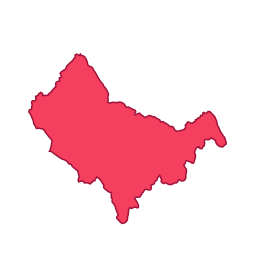 the district of Ikolomani, Western, Kenya, rotated 339°
{"feature_id": "3690345B71377831828194", "entity_name": "Ikolomani", "entity_type": "district", "adm_level": 2, "iso_a3": "KEN", "parent_name": "Kenya", "parent_adm1": "Western", "projection": "equal_earth", "projection_center": [34.717, 0.194], "detail": "fine", "context": "isolated", "style": "filled", "palette": "rose", "viewbox_px": 256, "rotation_deg": 339, "n_neighbors": 0, "source": "geoboundaries", "source_scale": "gbopen_adm2", "svg_char_len": 5840}
<svg xmlns="http://www.w3.org/2000/svg" viewBox="0 0 256 256"><g transform="rotate(339 128 128)"><path d="M87.2,213.3L88.2,215.0L89.1,215.1L90.2,215.3L91.2,215.3L92.2,215.0L93.8,214.2L94.6,213.3L95.2,212.2L95.6,210.9L96.4,210.1L97.2,208.9L98.5,206.2L99.5,204.4L100.2,203.6L101.2,202.9L102.1,204.2L103.1,204.4L104.0,204.3L104.9,204.2L105.6,204.2L106.5,204.5L107.2,205.0L107.9,205.8L109.0,205.9L109.6,205.3L110.0,204.3L110.0,202.0L109.9,200.7L109.7,199.3L109.4,197.9L108.8,196.4L110.0,195.5L110.9,195.6L111.8,196.0L113.1,196.2L114.2,196.7L115.0,196.3L116.0,195.4L117.2,194.7L117.8,193.8L118.7,193.6L119.4,193.2L121.4,191.6L122.2,191.3L124.9,193.1L126.7,193.9L128.2,192.8L128.5,191.1L129.1,189.6L130.2,189.5L131.1,189.9L132.8,189.2L133.6,188.1L134.5,187.3L135.5,187.4L136.6,186.7L137.3,185.7L137.9,185.0L138.6,184.6L139.5,184.2L140.5,183.5L141.0,184.9L140.5,186.1L140.9,187.0L141.0,188.1L140.3,188.7L139.8,189.8L140.1,191.2L141.0,192.2L141.8,192.8L142.9,192.3L144.1,193.2L145.5,195.1L146.7,195.7L148.0,196.3L151.4,196.2L152.3,196.0L153.4,196.6L154.5,196.2L155.3,195.8L155.9,195.4L156.8,194.5L157.7,195.0L158.1,195.8L158.7,196.5L159.8,196.9L160.9,197.1L161.8,197.0L162.9,196.5L163.8,195.6L164.3,194.7L165.1,192.7L166.7,190.0L167.3,188.8L167.7,187.4L167.2,185.5L166.8,183.4L166.8,182.4L167.6,182.1L168.3,181.9L169.0,181.3L170.2,179.5L171.0,179.3L172.7,181.0L173.8,181.7L174.5,182.6L175.2,183.8L176.3,184.2L177.1,183.8L179.8,180.4L180.4,179.4L181.0,178.2L181.4,176.8L181.3,175.7L181.4,174.4L183.2,172.5L184.0,171.8L184.7,171.0L186.4,170.8L187.6,170.9L187.2,171.8L187.8,172.8L188.5,173.4L189.5,173.8L191.8,172.1L192.8,171.9L193.4,170.9L194.0,169.9L194.4,168.4L194.7,167.2L195.5,166.6L196.9,166.6L198.5,167.8L200.1,167.7L201.1,167.5L202.2,167.2L202.7,167.9L204.1,169.2L204.9,171.2L205.0,172.3L204.9,173.9L205.3,175.2L205.7,176.4L206.3,177.3L207.1,178.2L208.2,178.9L209.5,179.6L210.6,179.2L211.4,178.8L212.9,178.5L213.9,178.0L214.4,177.0L214.7,173.7L214.7,172.3L214.8,171.1L214.1,170.0L214.0,168.4L213.1,165.0L213.0,164.0L212.9,159.8L212.6,158.3L212.6,156.9L212.8,155.6L213.1,154.2L213.3,152.8L213.1,151.8L213.1,149.2L212.3,146.5L211.5,145.3L211.2,144.1L210.4,142.1L209.4,141.7L208.7,141.2L208.0,141.7L206.0,142.3L205.2,141.9L204.6,140.7L203.5,140.6L202.5,142.5L201.8,143.0L201.1,142.4L200.2,142.3L199.5,143.5L198.3,144.1L197.4,143.8L196.7,143.8L196.0,144.4L195.1,144.6L193.9,144.5L193.4,145.9L192.3,145.7L190.5,146.5L188.6,146.1L188.0,145.6L187.4,144.7L186.5,144.1L185.8,143.8L183.4,145.5L182.4,146.0L182.3,147.2L181.9,148.4L180.8,148.8L180.0,149.6L179.2,149.3L178.5,149.5L177.8,149.6L177.1,149.3L176.3,149.1L175.3,149.2L174.2,149.0L172.2,148.3L171.3,147.3L170.9,146.2L170.8,144.8L170.6,143.6L170.0,142.4L168.2,142.0L167.5,141.2L167.0,140.4L166.5,139.2L165.2,137.7L164.7,136.9L163.0,134.7L162.3,134.3L161.2,134.3L160.6,133.6L160.6,132.1L159.3,130.3L158.4,129.5L157.2,127.6L156.5,126.8L155.5,126.6L154.4,125.6L153.2,124.4L152.4,124.0L151.6,123.9L150.6,124.0L148.1,124.4L147.1,123.6L146.7,122.7L145.1,120.6L144.6,119.6L144.2,118.4L142.9,118.1L140.3,118.3L139.5,118.3L139.2,117.3L139.7,116.4L140.6,116.1L141.2,115.2L140.9,113.9L139.6,112.7L137.0,109.8L136.4,109.0L135.7,108.5L134.7,108.2L133.6,107.4L133.2,104.8L132.8,103.7L132.0,102.9L131.4,102.0L130.7,101.6L129.9,101.0L129.0,100.6L127.9,100.7L127.0,100.4L126.1,99.9L125.2,99.7L123.8,98.9L123.0,98.6L122.1,98.3L121.1,98.4L119.3,97.9L118.5,96.8L119.6,94.6L119.9,93.0L120.4,91.6L121.1,90.6L121.7,90.0L122.0,89.0L122.0,87.6L121.7,84.9L121.5,83.7L120.9,81.6L120.3,80.2L120.4,78.7L119.0,74.6L118.2,70.5L117.4,64.6L117.1,63.3L116.6,61.5L116.6,60.1L116.4,59.2L115.9,58.1L114.2,56.4L113.5,55.8L113.2,54.8L113.2,53.6L113.6,52.0L113.6,48.5L113.2,46.6L112.7,45.4L111.7,44.3L110.2,43.5L110.1,41.9L109.3,42.2L108.5,42.9L107.7,42.2L107.1,41.1L106.4,40.7L105.1,40.7L104.4,41.7L104.1,42.9L103.2,43.6L102.1,43.8L100.6,45.2L97.6,46.2L92.9,48.3L92.0,49.5L91.2,50.3L89.8,51.0L88.8,50.9L87.8,51.2L86.8,51.6L85.4,51.8L84.2,52.7L84.2,54.6L84.3,56.3L83.5,56.9L82.6,56.6L81.8,56.6L81.4,57.9L81.2,59.5L79.2,59.3L78.2,59.4L77.1,59.7L76.3,60.7L76.1,61.9L75.7,62.8L75.1,63.8L74.1,63.9L73.5,64.4L72.6,64.7L71.8,65.3L71.0,65.5L70.3,66.0L69.8,66.8L69.0,66.7L68.2,67.0L67.4,67.5L66.6,67.6L65.7,67.9L65.1,68.8L62.9,68.1L62.0,67.7L59.8,67.2L60.4,66.3L60.5,65.4L60.0,64.3L59.2,63.4L58.1,63.9L57.2,63.9L56.2,64.9L55.2,65.3L54.0,65.4L53.1,65.3L52.4,67.4L52.3,68.8L51.2,69.2L50.2,69.2L49.6,68.7L48.5,68.4L47.4,69.0L47.0,70.1L47.0,71.5L46.4,72.6L45.8,73.5L44.9,75.6L44.2,76.0L42.7,75.6L41.9,76.4L41.2,77.5L41.6,78.9L41.9,80.5L42.1,82.3L41.9,83.2L42.0,84.4L42.2,85.7L42.2,87.1L41.6,89.9L41.7,91.4L42.0,92.5L42.2,93.8L42.2,95.4L42.9,95.9L44.0,96.0L45.3,96.6L46.1,97.1L48.0,98.5L48.7,99.4L49.4,102.1L49.7,103.7L50.3,105.0L50.6,106.2L50.9,107.6L52.0,110.3L52.3,111.4L52.5,112.6L52.2,113.6L51.5,114.5L50.7,115.7L50.2,116.7L49.6,117.7L47.3,120.7L46.3,121.6L47.7,122.2L48.4,123.1L51.2,127.6L53.0,130.3L54.9,132.8L55.6,133.6L57.4,135.0L57.9,135.8L58.7,136.6L59.4,137.9L59.8,140.0L60.3,140.7L61.3,140.8L61.9,141.9L62.1,143.2L62.5,144.4L63.0,145.5L65.6,149.8L65.5,151.2L65.4,152.1L65.2,154.5L65.0,155.7L64.5,156.6L63.6,157.5L63.1,158.3L62.6,159.3L62.6,160.5L63.6,160.8L64.5,160.7L66.6,161.1L67.3,162.1L67.4,163.2L68.1,164.0L68.9,163.9L69.8,164.3L71.0,165.1L72.0,166.1L72.8,166.7L74.0,165.9L75.0,166.0L76.4,164.7L78.2,165.4L78.8,164.2L79.6,163.8L80.4,163.3L81.1,162.6L81.7,163.2L83.2,165.3L83.8,167.6L84.1,168.5L84.3,170.0L84.9,172.4L84.6,173.5L84.0,174.6L84.2,175.8L84.7,176.9L86.1,179.1L86.6,180.2L87.2,180.7L87.9,181.5L88.6,181.9L89.2,182.8L88.7,183.6L88.3,184.5L88.1,185.6L87.4,186.9L87.7,188.0L87.7,189.2L87.0,190.3L86.7,191.4L87.0,192.6L87.6,193.8L87.6,194.9L87.9,195.9L88.0,196.8L87.7,197.9L87.6,202.1L87.7,204.5L87.6,205.7L86.7,206.3L85.9,206.8L85.2,207.8L85.3,208.7L87.2,213.3Z" fill="#f43f5e" stroke="#9f1239" stroke-width="1.5"/></g></svg>